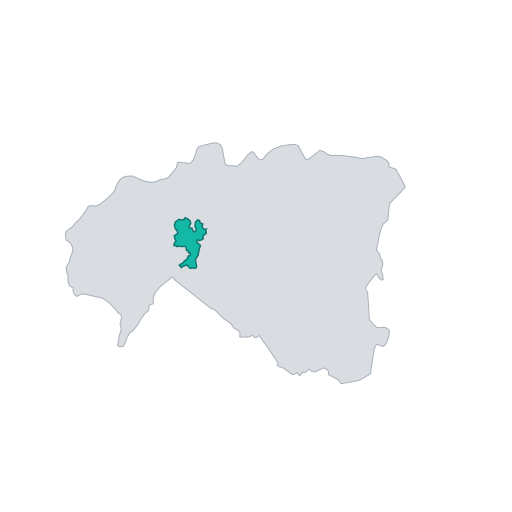 where Balé sits in Burkina Faso, rotated 39°
{"feature_id": "BFA-2803", "entity_name": "Balé", "entity_type": "Province", "adm_level": 1, "iso_a3": "BFA", "parent_name": "Burkina Faso", "parent_adm1": "", "projection": "equal_earth", "projection_center": [-3.038, 11.667], "detail": "fine", "context": "in_parent", "style": "filled", "palette": "teal", "viewbox_px": 512, "rotation_deg": 39, "n_neighbors": 0, "source": "natural_earth", "source_scale": "10m", "svg_char_len": 5308}
<svg xmlns="http://www.w3.org/2000/svg" viewBox="0 0 512 512"><g transform="rotate(39 256 256)"><path d="M358.0,325.3L347.4,325.9L343.5,327.4L341.2,327.5L341.1,326.2L340.8,325.4L327.4,321.1L318.0,318.5L308.5,315.7L308.0,318.4L306.6,320.1L304.5,320.2L303.1,319.8L302.2,321.8L300.6,324.5L298.4,325.9L296.2,327.5L295.0,329.0L294.1,329.0L291.9,325.6L289.0,325.2L283.6,325.8L281.2,324.9L277.9,324.4L270.0,325.1L257.5,323.7L255.4,324.5L254.9,325.1L242.5,325.3L228.8,325.4L217.4,325.6L207.3,325.7L207.3,325.1L204.1,325.1L203.8,326.2L200.9,340.1L200.6,347.6L202.1,352.3L203.8,355.3L205.7,356.5L205.9,358.2L204.4,360.4L204.5,362.6L206.3,364.9L206.7,367.3L205.8,369.8L206.1,375.9L207.4,385.6L207.4,391.8L206.2,394.7L206.8,399.6L209.3,406.5L209.7,409.4L208.8,410.8L206.8,412.6L204.7,412.5L202.3,408.3L201.2,406.4L199.2,402.2L197.6,397.9L195.3,396.1L193.1,394.3L190.5,388.9L187.9,386.4L185.1,387.1L181.1,386.1L173.1,384.8L164.4,385.2L160.8,386.4L157.3,388.4L148.3,392.7L144.7,394.8L142.0,400.3L139.0,400.1L135.9,398.4L134.0,395.9L129.9,396.5L125.9,394.1L122.1,389.4L119.3,387.8L115.7,384.4L114.7,378.0L112.4,373.4L110.4,367.1L107.3,364.3L103.7,362.8L98.7,363.1L95.5,360.5L92.9,356.9L93.6,353.7L94.8,349.1L94.9,344.7L95.7,337.7L95.2,328.8L94.4,322.6L97.1,320.0L100.3,317.7L102.3,313.5L104.3,304.1L105.2,296.0L104.6,293.0L103.5,290.6L102.7,287.0L102.2,282.8L102.8,279.0L105.2,275.6L108.2,272.7L110.4,271.3L116.0,269.9L123.1,267.7L127.1,265.3L130.1,262.8L131.8,260.9L133.4,256.9L136.2,253.9L138.3,250.8L138.6,242.2L138.6,237.3L137.0,234.6L136.2,232.2L146.6,225.5L146.7,220.8L145.3,215.5L143.2,211.2L142.5,207.5L145.4,203.2L147.9,199.9L149.8,197.2L153.9,193.0L158.2,191.9L162.0,193.5L173.4,203.4L175.4,204.0L177.8,203.3L180.8,200.6L184.7,198.6L186.1,192.0L186.0,182.2L186.9,177.7L188.9,176.9L195.5,178.8L197.2,178.9L199.1,178.3L200.5,176.6L200.4,173.4L200.1,170.6L202.3,161.6L206.2,154.8L214.0,146.3L216.5,144.6L219.3,143.7L233.5,149.6L235.8,148.1L239.2,133.7L243.0,132.3L247.6,132.0L250.6,130.8L252.1,129.8L258.8,124.3L270.6,116.9L277.0,113.7L278.2,112.5L282.8,107.2L288.8,101.1L292.6,99.9L297.9,99.4L301.3,100.4L302.2,102.2L303.3,103.0L310.2,100.5L320.2,104.6L328.8,108.6L328.3,111.2L328.3,115.7L327.6,122.8L326.8,131.4L330.4,137.0L334.6,143.0L335.8,145.3L334.7,151.2L335.5,154.6L337.8,160.4L341.7,167.7L345.6,175.2L348.4,176.2L351.0,176.8L352.5,178.2L354.9,179.5L357.2,180.3L359.2,182.0L360.4,183.6L362.1,188.2L366.6,191.3L369.7,194.3L368.5,195.9L364.6,195.3L361.0,193.9L360.5,196.2L360.4,204.7L361.0,211.8L361.9,212.7L365.5,214.0L374.3,223.3L382.2,232.0L384.9,234.3L389.3,235.1L394.2,235.5L396.3,234.7L401.0,230.3L403.5,229.8L405.8,229.9L407.1,230.6L409.4,234.2L411.5,239.7L412.2,243.7L412.0,245.8L411.3,246.6L407.4,247.7L405.7,248.5L405.3,249.6L405.9,252.3L406.7,254.1L411.0,261.9L417.2,272.5L419.1,275.2L418.1,278.3L415.0,286.6L412.7,290.0L402.4,301.7L397.4,300.4L386.8,302.7L385.1,300.0L382.7,299.7L379.6,300.1L378.5,301.2L378.2,302.3L377.1,303.9L375.1,308.6L373.6,309.8L371.7,310.5L369.4,310.4L368.1,311.0L368.1,313.3L367.7,315.3L366.1,316.3L365.5,318.5L365.6,320.7L364.7,321.7L362.7,321.2L361.5,320.6L360.4,323.4L359.0,325.4L358.0,325.3Z" fill="#d9dde1" stroke="#a8b0b8" stroke-width="1"/><path d="M200.4,266.5L200.5,267.2L200.9,267.7L201.5,268.3L201.7,268.9L201.8,269.0L202.0,269.1L202.5,269.0L202.9,269.7L202.9,270.3L202.7,270.8L202.7,271.5L202.6,271.8L202.2,272.8L202.1,273.4L202.9,274.7L203.7,275.4L204.1,276.1L204.0,276.8L202.4,279.4L202.2,279.9L201.8,279.9L201.3,279.7L201.0,279.7L200.2,280.7L200.6,281.7L201.6,282.4L202.8,282.7L205.3,282.6L206.5,283.2L206.9,284.7L206.9,285.0L209.3,289.8L210.0,291.0L210.3,291.1L210.4,291.5L210.7,292.7L210.9,296.3L211.5,297.1L212.6,298.3L216.0,301.1L216.7,302.2L216.7,303.4L216.1,304.2L215.4,304.7L214.3,304.9L213.6,306.0L212.6,307.0L211.1,307.0L209.9,306.7L208.8,306.4L207.7,306.9L206.7,308.3L206.1,309.3L205.3,311.5L205.2,312.0L204.4,311.6L202.5,311.6L202.1,311.1L202.5,309.9L202.9,309.0L203.5,307.8L203.6,307.1L203.5,305.3L203.6,304.7L204.0,303.6L204.1,303.0L204.2,301.1L204.1,300.5L203.9,300.0L203.4,299.1L203.3,298.7L203.9,297.8L204.1,297.5L204.2,297.0L204.1,296.2L203.3,295.4L202.8,294.9L202.3,295.0L202.1,295.5L201.8,295.9L201.3,295.7L200.6,295.0L200.0,294.8L199.4,295.1L198.7,295.3L197.9,295.0L197.1,294.0L196.0,293.2L195.0,293.1L194.5,293.3L194.0,293.7L192.6,295.2L191.7,295.9L190.7,296.3L189.8,297.0L189.0,298.1L188.3,298.5L187.6,298.0L186.7,299.0L185.7,299.5L184.8,298.3L184.5,297.1L184.6,295.0L184.3,294.6L183.5,294.3L182.6,294.1L182.0,293.6L181.4,292.8L180.1,292.3L179.8,291.6L180.7,288.5L181.0,287.7L180.8,287.3L180.0,286.8L178.7,286.1L176.2,285.5L174.6,284.5L172.9,283.0L172.8,282.2L172.5,281.3L172.0,280.8L171.9,280.1L172.5,278.5L172.6,277.3L173.0,276.4L173.5,275.7L174.2,275.3L175.3,275.0L176.1,274.4L176.7,273.7L177.0,272.7L176.8,271.4L176.9,270.8L180.3,270.0L181.4,270.1L181.7,270.4L182.4,270.1L184.8,271.8L185.1,273.2L185.1,274.8L185.9,275.7L187.0,275.9L187.9,275.1L189.0,274.7L191.5,276.4L192.5,276.2L193.2,275.6L193.2,274.5L192.8,272.9L192.0,272.0L190.5,271.8L189.6,271.2L189.2,270.0L188.2,268.8L187.7,267.9L187.8,265.0L188.5,264.3L189.7,264.0L191.8,265.4L193.0,265.1L194.2,264.6L194.6,264.6L194.8,265.6L195.3,266.6L195.8,267.0L196.2,267.4L197.7,267.9L199.2,267.7L199.9,267.1L200.4,266.5Z" fill="#14b8a6" stroke="#0f766e" stroke-width="1.5"/></g></svg>